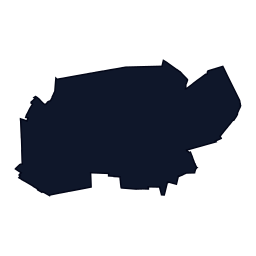 the district of Alphen aan den Rijn, Zuid-Holland, Netherlands
{"feature_id": "6326949B35182149476625", "entity_name": "Alphen aan den Rijn", "entity_type": "district", "adm_level": 2, "iso_a3": "NLD", "parent_name": "Netherlands", "parent_adm1": "Zuid-Holland", "projection": "robinson", "projection_center": [4.634, 52.113], "detail": "fine", "context": "isolated", "style": "filled", "palette": "ink", "viewbox_px": 256, "rotation_deg": 0, "n_neighbors": 0, "source": "geoboundaries", "source_scale": "gbopen_adm2", "svg_char_len": 5014}
<svg xmlns="http://www.w3.org/2000/svg" viewBox="0 0 256 256"><path d="M142.6,188.8L148.4,189.0L148.4,188.7L148.4,188.4L148.4,188.1L148.4,187.9L148.4,187.6L148.2,187.6L148.2,186.8L158.4,187.0L159.5,187.0L159.6,187.3L159.8,187.9L159.9,188.2L159.9,188.4L160.0,188.6L160.0,188.8L160.2,189.6L160.7,191.4L160.9,192.2L161.1,193.2L161.3,193.6L161.5,194.8L164.2,195.0L164.8,192.8L167.4,182.2L168.3,182.4L168.4,182.0L176.4,184.2L178.0,177.5L178.4,175.8L178.7,175.8L178.6,176.3L178.7,176.5L179.1,176.3L179.5,176.1L180.8,175.6L181.5,175.3L182.1,175.1L183.0,174.6L183.4,174.4L183.9,174.1L184.7,173.8L185.3,173.5L185.5,173.4L186.4,173.0L186.6,173.0L194.6,172.8L194.7,172.2L194.8,171.8L195.0,171.1L195.2,170.5L195.5,169.4L195.7,169.1L195.8,169.0L196.0,168.8L196.3,168.3L196.7,167.8L197.0,167.6L196.8,167.5L196.3,166.8L195.7,165.6L195.1,164.3L195.1,164.1L195.0,163.8L194.8,163.8L194.7,163.6L194.2,162.4L194.0,161.8L194.0,161.6L193.9,161.3L193.7,160.8L193.6,160.5L193.5,160.4L193.3,159.9L193.2,159.5L193.0,159.1L192.6,157.9L192.2,156.7L192.1,156.3L192.0,156.2L191.9,155.8L191.6,155.3L191.4,154.7L191.2,154.2L190.4,152.1L188.9,152.5L188.7,152.5L188.4,151.8L187.3,151.1L187.0,150.9L186.8,150.8L186.8,150.7L186.5,150.1L196.0,147.4L201.5,145.9L206.0,144.6L215.0,142.1L216.0,141.8L215.3,141.1L216.5,140.5L221.0,138.5L221.2,138.4L221.0,137.9L220.9,137.9L220.5,137.1L220.1,136.7L219.9,136.2L220.4,135.8L220.6,135.6L221.1,134.9L221.5,134.4L222.5,133.1L222.9,132.7L223.6,131.7L224.6,130.5L225.5,129.4L226.2,128.5L227.3,127.3L227.6,126.8L228.0,126.3L229.4,124.6L229.9,124.1L231.1,122.5L232.5,120.7L232.9,120.4L233.4,120.3L233.6,120.3L233.8,120.2L234.0,120.0L234.3,119.4L235.6,117.5L236.2,116.6L236.8,115.5L237.3,114.6L237.5,113.9L237.5,113.6L237.4,113.3L237.3,113.2L237.5,112.8L237.9,112.0L238.8,109.9L239.0,109.5L239.3,108.7L239.7,108.1L240.2,107.0L240.3,106.7L240.6,105.7L240.6,105.4L240.5,105.2L240.4,105.2L240.2,103.4L240.0,102.9L239.6,100.5L234.3,89.8L227.4,75.9L224.2,69.2L222.8,66.4L214.9,68.8L214.8,69.0L214.6,69.1L214.3,69.1L214.2,69.1L213.9,69.1L208.0,70.9L207.5,72.2L207.4,72.2L207.3,74.1L207.2,74.2L205.5,74.5L205.5,74.4L205.1,74.6L204.8,74.9L202.6,76.5L201.2,77.6L199.2,79.0L198.0,79.9L197.6,80.1L197.0,80.6L196.1,81.3L194.1,82.8L193.3,83.4L193.1,83.7L192.6,84.0L192.2,84.4L189.9,86.1L188.7,87.0L188.3,87.3L186.7,88.6L185.5,88.8L185.8,88.0L185.9,87.7L185.8,86.9L185.8,86.1L185.8,85.5L185.8,85.2L185.9,84.5L185.9,84.2L186.3,83.6L186.4,83.1L186.5,82.9L186.7,82.5L187.1,81.3L187.5,80.2L187.4,79.9L187.2,79.8L187.1,79.6L187.3,79.4L186.5,78.5L181.7,73.6L181.5,73.4L181.5,73.2L181.0,72.8L180.2,71.9L180.0,71.7L179.5,71.5L176.9,69.6L176.7,69.7L175.7,68.9L168.0,63.4L166.7,62.4L163.4,60.4L162.0,66.3L125.6,67.2L124.9,67.3L124.2,67.5L123.1,67.6L120.6,68.1L116.7,68.8L110.5,69.8L102.5,71.3L102.4,71.2L99.7,71.7L95.6,72.4L94.4,72.7L93.5,72.8L91.5,73.2L91.0,73.2L90.6,73.3L89.3,73.5L86.4,74.1L85.1,74.3L77.2,75.7L68.3,77.3L62.4,78.4L60.9,78.6L58.8,79.0L57.2,79.3L57.0,79.2L55.9,78.2L55.9,78.4L55.6,81.6L55.4,84.2L55.0,89.4L54.9,91.0L54.8,91.5L54.0,93.0L53.8,93.6L53.5,94.2L53.4,94.6L52.9,95.5L52.6,96.2L52.2,96.9L52.1,97.5L52.1,97.9L51.9,98.3L51.7,98.6L51.4,99.0L51.1,99.6L50.8,100.2L50.6,100.5L50.3,100.8L50.2,100.9L49.8,101.0L49.6,101.1L49.3,101.2L48.9,101.3L48.0,101.8L47.8,101.9L47.5,102.1L47.2,102.5L46.9,103.1L46.8,103.4L46.7,103.5L46.4,103.6L46.2,103.7L46.0,104.1L44.8,104.6L43.4,103.5L43.0,103.2L42.8,103.0L41.1,101.3L39.9,100.0L39.5,99.4L39.3,99.3L38.5,98.6L37.0,97.4L36.5,97.1L35.6,96.5L34.2,97.4L33.9,97.6L34.7,98.2L35.2,98.5L34.1,99.5L33.7,99.7L33.4,100.1L31.6,101.6L31.3,101.9L31.5,102.1L31.3,102.3L31.3,102.5L31.0,102.9L31.9,103.5L32.2,103.8L32.6,104.1L31.9,105.2L30.8,107.0L30.1,108.1L29.1,110.0L27.6,113.1L27.4,113.4L26.5,115.0L25.7,117.4L28.0,117.8L27.0,121.0L26.5,120.9L26.2,120.7L25.3,120.5L24.2,120.0L23.7,119.9L23.2,119.7L22.2,119.4L21.9,119.3L21.4,119.2L21.1,119.1L20.8,118.9L20.5,118.8L20.5,119.5L20.6,120.5L20.7,120.8L20.8,123.5L21.1,131.0L21.3,134.7L21.3,135.7L21.4,138.0L21.5,138.1L21.6,140.7L21.9,149.7L21.9,149.9L21.8,150.0L21.9,153.0L22.1,160.1L22.3,164.1L21.3,164.2L20.8,164.2L20.5,164.3L20.2,164.4L19.9,164.6L19.7,164.7L19.4,165.0L15.8,168.4L15.4,168.9L21.2,172.8L19.4,174.5L19.1,175.0L20.1,175.6L20.3,175.9L18.9,177.7L20.0,178.3L21.0,178.9L21.5,179.3L21.9,179.6L22.2,179.8L23.1,180.2L23.6,180.6L24.3,180.9L24.9,181.2L25.4,181.5L28.3,183.2L33.1,186.0L33.2,186.3L33.5,186.5L38.0,189.1L37.5,189.6L37.6,189.8L41.9,192.3L42.5,191.7L43.4,192.3L43.5,192.3L43.8,192.3L44.2,192.5L45.0,193.0L49.6,195.6L49.8,195.0L58.1,193.3L59.5,193.0L59.8,192.9L60.1,192.9L60.3,192.9L67.6,191.5L68.5,191.2L69.8,191.1L71.4,190.8L84.0,188.4L91.1,187.0L91.0,183.6L90.6,172.7L108.7,173.4L108.6,174.7L108.6,175.9L114.1,176.2L114.1,176.5L118.8,176.7L118.8,176.8L120.0,176.8L120.2,179.2L120.3,180.3L120.4,180.6L120.4,181.2L120.5,181.5L120.5,182.2L120.6,183.1L120.7,184.3L120.8,184.7L121.0,186.8L121.1,187.3L121.3,187.9L136.4,189.1L136.6,189.0L141.5,188.9L141.8,188.9L142.6,188.8Z" fill="#0f172a" stroke="#020617" stroke-width="1.5"/></svg>